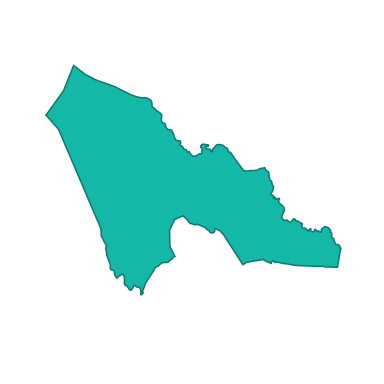 Grande Ravine, Dennery, Saint Lucia, rotated 8°
{"feature_id": "8701671B908189837343", "entity_name": "Grande Ravine", "entity_type": "district", "adm_level": 2, "iso_a3": "LCA", "parent_name": "Saint Lucia", "parent_adm1": "Dennery", "projection": "equal_earth", "projection_center": [-60.928, 13.943], "detail": "fine", "context": "isolated", "style": "filled", "palette": "teal", "viewbox_px": 384, "rotation_deg": 8, "n_neighbors": 0, "source": "geoboundaries", "source_scale": "gbopen_adm2", "svg_char_len": 6111}
<svg xmlns="http://www.w3.org/2000/svg" viewBox="0 0 384 384"><g transform="rotate(8 192 192)"><path d="M347.3,227.0L347.0,227.0L346.5,226.6L346.2,226.2L345.8,224.9L345.4,224.4L344.3,223.7L342.1,224.1L341.9,224.1L341.2,223.1L340.7,222.7L340.3,221.4L339.2,219.8L339.2,219.0L339.0,218.5L338.1,218.3L336.6,217.3L336.3,216.0L336.3,215.2L336.2,213.8L336.0,213.4L335.6,213.2L335.4,213.2L335.1,212.8L334.8,211.4L334.6,210.9L333.7,210.2L333.5,209.4L332.8,208.9L332.2,208.6L330.4,208.0L328.6,207.8L327.5,208.4L326.2,209.9L325.5,210.9L325.3,211.5L325.5,212.3L325.4,212.8L325.5,213.4L325.3,213.9L324.9,214.0L324.3,213.8L323.8,213.6L323.0,213.0L322.7,213.0L321.2,213.9L320.8,213.5L320.7,212.7L320.0,212.4L319.4,211.8L319.0,211.8L318.6,212.7L318.4,213.9L318.1,214.4L317.8,214.6L316.0,214.6L315.5,214.4L315.0,214.0L314.9,212.9L315.0,212.6L315.0,212.1L314.7,211.8L313.8,212.3L313.2,212.9L312.9,213.6L312.9,214.1L312.7,214.6L312.3,214.6L312.0,214.4L311.7,213.9L310.7,213.0L310.3,212.7L309.2,212.4L308.9,211.9L308.6,211.9L308.1,212.2L307.3,212.5L306.9,212.5L305.8,211.0L305.6,210.4L305.5,209.6L305.6,208.3L305.5,208.0L304.5,207.5L302.4,207.0L301.6,206.4L300.6,206.0L299.3,206.1L298.8,205.9L298.0,204.8L297.2,204.3L296.6,204.4L295.7,205.2L295.4,205.6L294.6,207.5L294.1,208.0L293.6,208.3L292.7,208.2L291.0,207.1L290.1,206.6L289.8,206.6L288.5,207.1L287.1,207.0L285.9,206.6L285.6,206.3L285.0,205.6L284.6,204.5L284.4,203.5L284.7,201.7L285.7,199.1L286.1,197.5L285.9,196.4L284.9,194.0L282.4,192.2L280.7,191.3L279.7,190.6L279.0,188.8L279.0,188.5L279.7,186.7L279.1,186.2L278.3,186.3L276.8,187.5L276.2,187.6L275.8,187.1L275.6,186.4L275.1,185.8L274.8,185.8L274.4,186.7L274.1,186.9L273.7,186.9L273.3,186.4L273.3,185.9L273.6,185.3L273.6,184.9L273.2,184.3L271.8,183.8L270.6,183.7L270.4,183.3L270.2,182.8L270.3,182.1L270.5,181.8L271.3,180.9L271.7,180.1L271.9,178.5L272.0,175.5L272.0,175.0L271.8,174.7L271.1,174.4L270.6,173.9L269.6,171.0L269.3,170.4L268.9,170.0L267.8,169.4L267.2,168.7L266.3,166.0L265.5,162.4L265.1,161.8L264.7,161.4L263.0,160.6L262.3,160.0L261.1,158.7L260.6,157.8L258.8,158.5L258.1,158.6L256.3,159.3L255.3,159.9L254.3,160.7L254.1,161.0L253.8,161.2L252.5,161.7L250.8,162.0L249.1,162.4L248.3,162.5L248.2,162.5L248.0,162.3L247.7,162.3L246.7,162.7L242.8,163.7L240.5,163.5L239.9,163.3L237.8,161.3L230.4,153.7L224.8,147.6L224.0,147.3L222.3,147.1L222.3,146.7L221.3,144.2L220.4,143.6L219.6,143.3L218.6,143.3L217.5,142.4L216.8,141.6L214.8,141.3L212.4,141.1L212.0,141.1L211.1,141.6L210.1,141.8L209.5,142.2L208.9,143.3L206.6,146.7L206.4,147.4L206.7,148.1L206.7,148.8L206.4,149.4L206.0,149.5L205.6,149.3L205.0,148.8L204.5,147.6L203.8,147.3L203.5,147.2L200.3,147.2L199.8,147.0L199.0,146.2L198.9,146.1L199.1,145.6L199.4,145.3L200.1,145.0L201.0,144.9L201.6,144.6L201.8,144.0L201.8,143.4L201.6,143.1L199.2,143.1L198.6,143.2L197.4,142.9L196.6,143.0L195.1,143.6L194.6,144.8L194.3,145.1L194.2,146.3L194.6,146.7L195.6,147.3L195.9,147.6L196.2,148.1L196.0,149.5L196.3,152.3L196.0,152.9L194.5,153.0L190.7,155.8L189.2,156.5L187.2,156.0L186.2,155.4L185.5,154.8L184.2,153.4L183.7,152.5L183.1,152.5L182.7,152.7L182.4,153.0L182.0,153.2L181.6,153.0L180.6,151.2L180.4,151.0L178.1,150.7L177.9,150.5L177.4,149.7L176.2,148.3L175.2,147.8L174.1,147.7L173.7,147.3L173.4,146.9L173.9,144.9L173.6,143.5L173.2,143.2L172.8,143.1L168.9,142.9L168.5,142.5L167.0,140.1L166.4,138.8L163.6,133.8L162.2,133.4L159.6,133.4L159.3,133.5L159.0,133.1L157.9,132.2L157.1,131.4L156.1,128.7L155.7,128.1L155.2,127.9L153.7,127.7L152.6,126.7L151.8,125.6L151.6,125.0L151.5,123.4L151.4,121.6L151.5,120.5L151.3,119.8L150.8,119.1L149.7,118.3L147.3,117.1L146.1,116.6L143.0,114.3L142.5,114.0L141.3,113.7L140.7,112.9L140.3,111.9L140.1,110.5L139.7,108.6L138.8,107.4L137.6,106.5L135.6,105.6L134.4,105.3L133.1,105.1L131.9,105.2L130.8,105.3L129.8,105.6L125.3,105.6L118.3,104.3L100.3,98.3L80.7,94.3L69.9,90.4L57.2,83.2L50.6,109.9L36.7,136.2L51.1,148.5L106.6,240.5L107.6,243.9L108.1,247.8L108.8,249.0L110.3,250.8L112.0,253.7L113.4,255.2L114.9,257.3L114.6,257.6L114.5,258.0L114.5,260.5L114.6,261.0L115.1,261.8L116.0,264.4L116.1,265.5L116.4,266.7L121.1,275.0L121.3,276.0L121.5,277.9L121.7,278.9L121.9,279.4L122.8,280.2L123.3,280.4L124.3,280.3L125.0,280.4L125.4,280.8L125.8,281.5L127.5,285.5L128.2,286.4L129.6,287.8L131.1,286.0L132.3,284.8L133.4,283.7L134.2,283.3L135.0,283.3L135.4,283.4L135.9,284.0L136.5,284.9L137.0,286.5L137.4,288.3L137.6,291.1L138.0,292.7L138.9,293.6L140.4,294.1L141.2,294.7L141.6,295.0L142.2,295.8L143.6,297.3L144.5,297.7L145.1,297.8L145.8,297.3L146.2,296.0L146.9,295.2L147.1,293.8L147.4,292.9L148.1,292.5L148.6,292.5L150.4,293.8L152.3,293.6L153.3,294.0L154.3,294.9L154.9,296.4L155.3,297.9L155.4,300.2L155.6,300.7L156.4,300.8L157.8,298.5L157.0,297.2L156.8,296.4L157.5,294.8L158.5,289.7L158.8,288.4L159.9,286.5L161.2,283.0L162.1,281.3L162.4,280.6L163.4,278.9L163.9,277.6L164.9,275.6L165.7,273.0L166.5,272.0L167.4,271.0L169.0,269.9L169.9,268.8L170.3,268.1L171.3,267.3L172.1,266.3L172.9,266.0L173.6,265.9L174.2,265.6L176.5,265.5L177.1,265.3L177.9,264.8L179.4,263.3L179.9,262.3L181.7,260.9L182.1,260.5L182.6,259.0L183.3,258.5L184.1,258.2L177.7,248.9L175.1,232.9L178.8,221.4L186.8,216.7L187.0,217.2L188.1,218.1L191.1,220.1L192.0,220.9L192.4,221.6L194.7,223.5L196.4,223.4L199.3,224.1L199.8,224.1L201.0,223.3L203.8,223.6L208.4,225.0L209.8,225.1L210.6,225.6L211.7,226.9L212.2,227.2L214.4,228.1L215.3,229.3L216.3,229.6L217.8,229.8L218.3,229.7L219.3,229.0L219.8,228.2L219.9,227.6L219.8,225.6L220.0,225.2L220.4,225.0L221.9,225.5L223.0,226.0L223.8,226.1L225.4,226.7L226.2,227.3L227.1,228.5L228.6,229.2L252.5,256.9L255.5,254.4L259.8,252.7L268.8,250.0L269.8,249.7L271.1,248.8L271.8,248.9L272.6,249.4L275.8,250.6L278.2,251.0L278.7,251.3L280.2,251.7L280.4,251.7L280.5,251.2L280.5,250.4L281.7,248.6L282.2,248.7L283.2,249.8L283.9,250.2L284.3,250.1L285.4,249.6L287.7,249.7L292.0,250.1L296.1,250.0L298.9,250.0L299.9,250.2L301.8,250.1L303.1,250.4L304.7,250.2L310.6,249.8L317.6,249.0L322.7,248.7L331.5,247.5L333.5,247.5L335.2,247.7L336.7,247.3L341.4,246.8L343.9,246.7L346.5,246.3L346.4,246.1L346.7,243.1L346.7,241.1L346.9,230.8L347.3,227.0Z" fill="#14b8a6" stroke="#0f766e" stroke-width="1.5"/></g></svg>